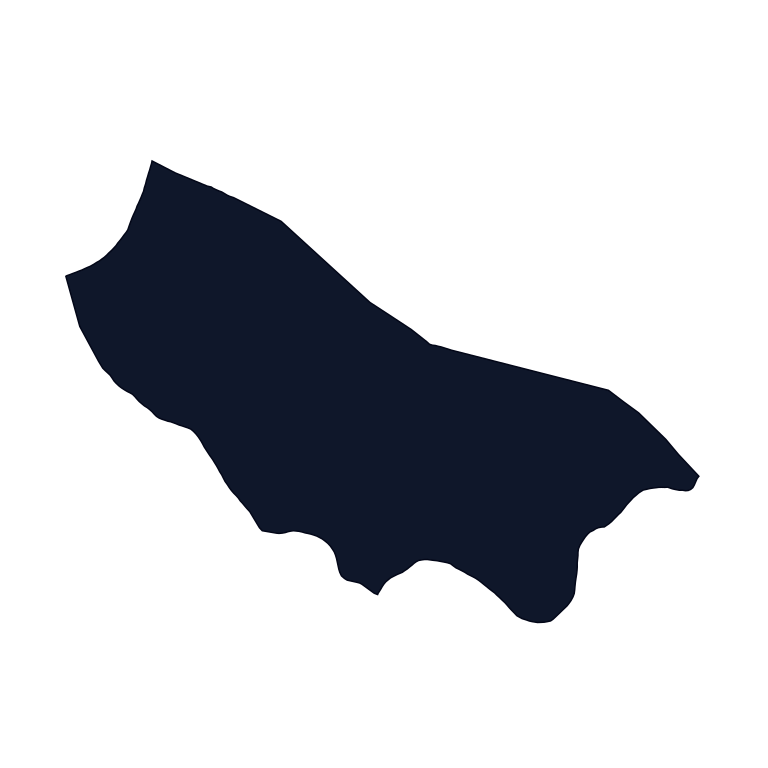 Al Hasayn, Al Dali', Yemen, rotated 348°
{"feature_id": "15242507B64520709980870", "entity_name": "Al Hasayn", "entity_type": "district", "adm_level": 2, "iso_a3": "YEM", "parent_name": "Yemen", "parent_adm1": "Al Dali'", "projection": "equal_earth", "projection_center": [44.813, 13.79], "detail": "fine", "context": "isolated", "style": "filled", "palette": "ink", "viewbox_px": 768, "rotation_deg": 348, "n_neighbors": 0, "source": "geoboundaries", "source_scale": "gbopen_adm2", "svg_char_len": 3983}
<svg xmlns="http://www.w3.org/2000/svg" viewBox="0 0 768 768"><g transform="rotate(348 384 384)"><path d="M672.8,539.7L657.4,514.2L648.1,496.7L627.1,465.2L614.4,451.0L602.2,436.8L555.1,413.5L524.8,398.5L457.1,365.0L447.4,359.5L444.9,358.4L442.2,357.0L439.4,356.1L436.8,354.6L436.5,354.2L434.8,351.8L422.1,336.5L406.5,320.7L387.2,301.3L317.2,203.5L275.6,170.4L272.1,168.4L269.7,166.6L267.6,164.6L265.2,162.4L262.8,160.9L260.1,159.0L257.6,157.1L256.0,155.4L252.1,153.6L230.6,138.8L223.8,134.2L203.5,117.6L202.4,120.1L200.7,123.2L199.2,126.1L197.6,128.8L195.9,132.0L194.1,135.2L192.5,138.6L190.3,142.4L188.9,145.5L187.0,148.2L185.3,150.8L183.5,153.3L181.5,156.1L179.5,158.6L177.9,161.3L176.0,163.9L173.9,166.7L172.0,169.4L169.7,173.0L167.7,176.2L165.5,179.9L163.4,182.0L160.6,184.3L158.3,186.4L155.6,188.7L153.0,190.7L150.6,193.0L147.9,194.9L145.6,196.5L141.9,198.7L139.6,200.3L136.6,202.0L134.0,203.1L131.4,204.4L128.3,205.3L125.2,206.5L121.1,207.8L118.3,208.3L115.5,208.9L112.2,209.7L108.7,210.2L106.0,210.7L102.5,211.2L99.5,211.7L96.3,212.1L95.2,212.5L98.4,264.5L109.5,302.3L110.9,306.3L112.2,310.0L114.0,312.8L116.0,315.6L118.0,318.5L119.3,321.6L120.6,325.0L122.2,327.7L124.5,331.0L126.6,333.4L129.2,336.0L131.5,338.1L133.7,339.8L135.9,341.8L137.6,344.4L139.3,347.5L140.9,350.2L143.2,353.2L145.1,355.6L147.6,358.0L149.5,360.3L151.4,362.9L153.0,365.7L154.7,368.3L157.0,370.6L159.5,372.3L162.1,373.8L164.9,375.5L167.5,376.6L169.9,378.1L172.3,379.6L175.0,381.5L177.8,383.0L180.1,384.4L183.0,386.1L185.6,387.9L187.5,390.3L189.6,393.6L191.3,397.0L193.0,401.3L194.1,404.7L195.1,408.3L196.9,413.0L198.7,417.6L200.7,422.2L202.0,425.9L203.2,429.2L204.2,432.4L205.1,435.7L206.4,439.1L207.3,442.6L208.3,446.3L210.0,450.1L211.1,453.1L212.6,456.4L214.3,459.5L216.2,462.4L217.8,465.2L219.1,468.4L220.8,471.2L222.4,474.3L224.1,477.4L226.2,481.0L232.3,498.7L234.4,502.2L247.7,507.5L250.2,508.3L253.6,508.7L256.5,508.8L259.3,508.5L262.0,508.5L264.9,508.7L267.4,509.5L270.2,510.4L273.3,511.8L275.8,513.2L278.4,514.3L281.0,515.5L283.7,517.0L286.7,518.8L289.0,520.7L291.4,522.7L293.8,525.5L295.9,528.1L297.8,531.3L299.1,534.4L300.4,537.8L301.0,541.2L301.3,544.9L301.3,548.8L301.3,552.2L301.3,555.6L301.6,559.0L302.5,562.8L304.9,566.0L307.2,568.2L316.4,572.4L318.8,573.6L320.7,575.2L330.9,586.6L333.5,588.3L334.0,588.6L334.7,587.5L337.8,584.4L340.3,581.6L342.5,579.5L344.7,577.8L347.4,576.4L350.1,575.0L353.3,574.1L357.5,573.0L360.2,572.5L362.8,572.0L365.3,570.9L368.4,569.7L370.8,568.4L373.7,567.0L376.1,565.6L378.6,564.5L381.2,563.8L384.5,563.9L387.1,564.1L390.0,564.7L393.0,565.8L395.5,566.7L399.2,567.9L402.0,569.1L405.4,570.5L408.8,572.0L411.7,573.6L413.9,576.2L416.2,578.8L418.7,580.7L420.9,582.5L423.8,584.9L426.3,587.4L428.7,589.3L431.2,591.3L433.3,593.1L436.0,595.9L438.1,598.4L440.0,600.8L441.9,603.1L444.3,606.1L446.5,608.7L448.8,611.3L450.5,614.0L452.7,617.0L454.6,619.9L456.8,623.0L458.4,625.8L460.0,628.8L461.9,632.0L464.0,635.3L465.8,638.3L468.1,640.3L470.3,642.2L474.4,644.5L476.8,646.0L479.4,647.2L482.0,648.2L484.6,649.2L488.0,649.8L491.3,650.3L494.0,650.4L497.7,650.4L500.3,649.3L503.0,647.7L505.9,645.9L508.5,644.3L511.5,642.4L514.6,640.5L517.0,639.0L519.5,636.9L521.8,634.8L524.6,631.5L526.5,628.5L527.7,625.1L528.8,621.4L530.1,617.4L531.5,613.6L533.0,609.7L534.1,606.3L535.0,603.1L535.8,599.2L537.0,595.4L538.0,592.3L538.8,588.8L539.9,585.7L542.0,582.6L544.3,580.1L546.5,577.9L549.1,575.4L552.1,573.1L554.6,571.6L558.3,570.7L561.0,569.6L563.8,569.1L567.2,569.2L569.8,569.6L572.2,568.6L574.9,567.5L578.1,565.8L580.6,564.1L583.8,562.0L586.3,560.3L588.8,558.9L591.2,556.9L593.6,554.9L596.1,552.7L598.6,550.9L601.5,548.9L604.1,547.0L607.3,545.3L610.5,543.5L613.1,542.5L615.6,541.6L618.2,541.6L622.3,541.5L625.5,541.7L628.6,542.0L631.2,542.2L633.9,542.7L637.2,543.5L640.0,543.9L644.1,546.4L646.9,547.7L651.0,549.4L653.7,549.9L656.8,551.1L659.4,551.4L662.0,550.9L664.5,549.6L666.6,547.2L668.8,544.1L670.6,541.6L672.8,539.7Z" fill="#0f172a" stroke="#020617" stroke-width="1.5"/></g></svg>